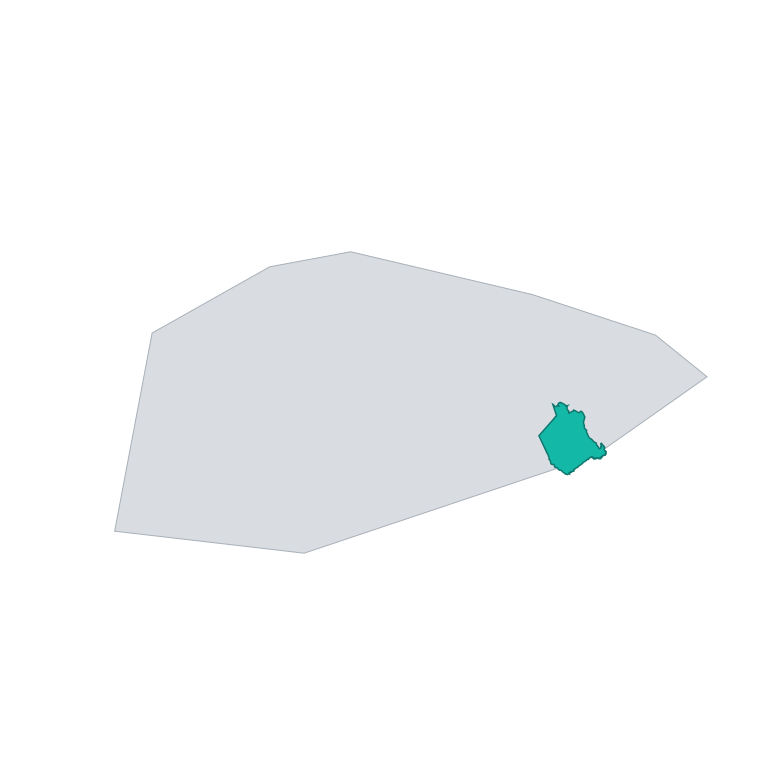 Des Barras, Dauphin, Saint Lucia (highlighted), rotated 69°
{"feature_id": "8701671B86108661761319", "entity_name": "Des Barras", "entity_type": "district", "adm_level": 2, "iso_a3": "LCA", "parent_name": "Saint Lucia", "parent_adm1": "Dauphin", "projection": "mercator", "projection_center": [-60.902, 14.001], "detail": "fine", "context": "in_parent", "style": "filled", "palette": "teal", "viewbox_px": 768, "rotation_deg": 69, "n_neighbors": 0, "source": "geoboundaries", "source_scale": "gbopen_adm2", "svg_char_len": 5307}
<svg xmlns="http://www.w3.org/2000/svg" viewBox="0 0 768 768"><g transform="rotate(69 384 384)"><path d="M513.3,519.3L424.9,688.2L253.3,582.2L233.6,448.7L248.6,367.8L353.8,213.3L435.7,113.0L493.0,79.8L526.5,213.0L513.3,519.3Z" fill="#d9dde1" stroke="#a8b0b8" stroke-width="1"/><path d="M477.5,238.2L487.8,257.9L507.4,256.5L508.9,256.2L509.5,256.2L510.0,256.3L511.7,256.3L512.4,256.4L513.3,256.9L513.8,256.9L514.0,256.8L514.8,256.1L515.3,256.2L515.8,256.4L517.5,256.7L517.9,256.7L518.4,256.6L518.7,256.5L519.1,256.2L519.5,255.7L519.7,254.6L520.0,254.3L520.4,254.2L521.6,254.3L522.2,254.4L522.4,254.3L522.7,254.0L522.8,254.0L523.1,254.1L523.9,252.8L524.0,252.5L525.7,252.0L526.3,251.5L527.3,251.2L527.3,250.8L527.4,250.5L527.6,250.1L527.8,249.8L528.2,249.7L528.8,249.1L529.2,249.1L529.9,248.8L530.7,248.3L531.4,247.7L532.1,247.4L532.9,247.1L533.2,246.9L533.4,246.2L534.3,245.1L534.3,244.9L534.2,244.7L534.1,244.0L534.0,243.8L533.9,243.7L534.0,243.4L534.3,243.2L533.7,243.1L533.4,242.7L533.2,242.7L533.3,242.4L533.5,242.4L533.8,242.3L533.7,242.0L533.6,241.9L533.4,242.2L533.2,242.1L533.3,241.7L533.5,241.5L533.4,241.4L533.3,241.0L533.0,240.9L533.2,240.7L532.9,240.6L533.2,240.1L533.2,239.9L533.2,239.4L533.0,238.8L533.1,238.7L533.3,238.5L533.4,238.3L533.4,238.1L533.2,238.0L533.2,237.9L533.1,237.7L532.8,237.6L532.3,237.6L532.1,237.4L531.7,237.3L531.8,237.0L531.8,236.7L531.7,236.3L531.7,235.9L531.4,235.2L531.2,234.5L531.1,234.0L531.2,233.5L531.1,233.2L531.1,232.9L531.0,232.7L530.9,232.8L530.7,232.7L530.3,231.6L530.2,231.1L530.2,230.5L529.6,228.2L529.2,227.1L528.9,226.5L528.5,225.7L528.4,225.1L528.3,224.2L528.0,223.6L528.0,223.0L528.0,222.6L527.9,222.4L527.6,222.2L527.4,221.6L527.3,220.8L527.5,220.9L527.6,220.5L527.5,220.0L527.3,219.5L527.2,219.4L526.6,218.6L526.5,218.3L526.6,218.1L526.6,217.6L526.4,216.7L526.5,216.4L526.8,216.5L527.0,216.2L527.1,215.9L526.8,216.0L526.7,216.0L526.8,215.9L527.0,215.9L526.9,215.6L526.9,215.4L527.0,215.4L527.0,215.6L527.3,215.2L527.7,215.1L528.0,214.8L528.1,215.0L528.3,215.4L528.5,215.3L528.6,215.1L528.4,214.9L528.7,215.0L529.0,214.9L528.9,214.8L528.7,214.8L528.4,214.7L528.9,214.7L529.1,214.5L529.2,214.3L529.1,214.2L528.9,214.2L529.0,214.1L529.0,213.9L529.3,214.0L529.5,214.0L529.7,213.7L529.6,213.4L529.6,213.2L529.4,212.9L529.4,213.0L529.4,212.8L529.3,212.6L529.2,212.5L529.3,212.4L529.2,212.3L529.3,212.2L529.6,212.2L529.5,211.9L529.4,211.9L529.3,211.4L529.4,211.2L529.8,211.0L529.7,210.9L529.8,210.8L530.0,210.7L530.1,210.8L530.3,210.7L530.1,210.4L530.3,210.2L530.7,209.8L530.7,209.7L530.8,209.6L531.1,209.4L531.2,209.2L531.4,208.8L531.3,208.2L530.9,207.8L530.3,207.7L530.1,207.7L529.9,207.9L529.9,207.7L529.5,207.7L529.9,207.6L530.0,207.5L530.1,207.3L530.2,207.1L529.9,207.0L530.0,206.8L529.9,206.8L529.9,206.4L530.0,206.2L529.7,205.9L529.4,205.8L529.4,205.7L529.5,205.6L529.3,205.4L529.4,205.1L529.3,204.9L529.3,204.7L529.5,204.5L529.5,204.4L529.3,204.3L529.4,204.2L529.5,204.2L529.6,203.6L529.7,203.4L529.4,203.2L529.3,202.8L529.1,202.5L529.3,202.4L529.2,202.3L529.0,202.2L528.9,202.4L529.0,202.2L528.9,202.1L528.6,202.1L528.1,201.9L528.5,201.9L528.6,201.7L528.4,201.5L527.9,201.4L527.8,201.5L527.7,201.7L527.3,201.8L527.1,201.7L526.9,201.6L527.2,201.4L527.3,201.2L527.1,201.1L527.0,200.9L526.8,200.9L526.6,201.2L526.1,201.1L525.5,201.5L525.4,201.5L525.1,201.7L525.1,201.8L524.9,201.9L524.7,201.9L524.5,202.0L524.4,202.0L524.2,202.0L523.5,201.6L522.9,201.1L522.7,200.8L522.0,201.2L521.5,201.2L521.4,201.1L521.3,200.9L521.2,201.0L520.9,201.0L520.1,201.2L519.7,201.5L519.2,201.8L518.8,201.9L518.1,202.0L517.3,202.2L517.4,203.1L517.9,203.2L518.6,203.1L519.6,203.1L519.8,203.2L519.6,203.4L519.7,203.6L520.2,203.5L520.4,203.8L520.2,204.0L520.5,204.4L521.1,204.4L521.4,204.5L521.6,205.1L521.6,206.0L521.2,206.3L520.1,206.5L518.1,206.9L517.1,207.3L515.0,207.1L514.2,207.8L513.6,208.5L512.5,209.1L510.9,209.6L510.2,209.9L509.4,210.4L508.5,211.2L507.4,211.8L506.3,211.9L504.0,212.0L502.7,212.1L501.7,212.2L501.2,212.2L500.5,211.8L499.7,211.4L499.1,211.7L498.3,212.3L497.3,212.5L496.2,212.6L495.8,212.5L494.9,211.9L492.4,211.8L491.5,211.5L490.9,211.2L490.4,211.2L490.1,210.9L489.7,210.3L489.1,210.0L488.8,209.7L488.4,209.7L488.0,209.2L487.6,208.9L487.3,208.8L487.1,208.5L486.6,208.4L486.3,208.3L485.6,208.5L485.2,208.6L484.7,208.4L484.4,208.4L483.4,208.7L483.0,208.8L482.5,208.7L482.2,208.8L481.7,208.9L481.3,209.0L480.7,209.3L480.3,209.8L480.0,209.9L479.9,210.1L480.4,211.0L480.6,212.1L480.4,212.5L479.8,213.2L479.1,214.0L478.2,214.5L477.7,214.8L477.1,215.7L476.9,215.9L476.3,216.2L476.4,216.4L476.9,216.6L477.0,216.9L476.9,217.6L477.1,218.2L477.0,218.6L477.0,218.8L477.2,219.2L477.4,219.7L477.4,220.1L477.3,220.8L477.5,221.9L477.2,222.0L477.0,221.8L476.6,221.7L476.3,221.6L475.8,221.2L474.0,221.9L472.2,222.0L470.4,220.8L470.1,220.3L470.1,220.8L470.1,221.4L470.0,221.8L469.9,222.0L469.8,221.9L469.5,221.5L469.4,221.7L469.3,222.0L469.1,222.2L468.7,222.4L468.1,222.6L467.6,222.9L467.3,223.1L466.8,223.7L465.2,225.1L464.8,225.6L464.7,226.2L464.3,226.2L464.4,227.2L464.5,227.8L465.6,229.1L465.8,229.3L466.6,229.2L467.1,228.9L467.3,228.8L467.2,229.2L466.8,229.7L466.5,230.4L466.4,230.7L466.6,231.8L466.5,232.1L466.4,232.3L466.1,232.6L465.8,232.8L464.2,233.2L463.5,233.7L475.6,234.3L476.0,235.8L477.5,238.2Z" fill="#14b8a6" stroke="#0f766e" stroke-width="1.5"/></g></svg>